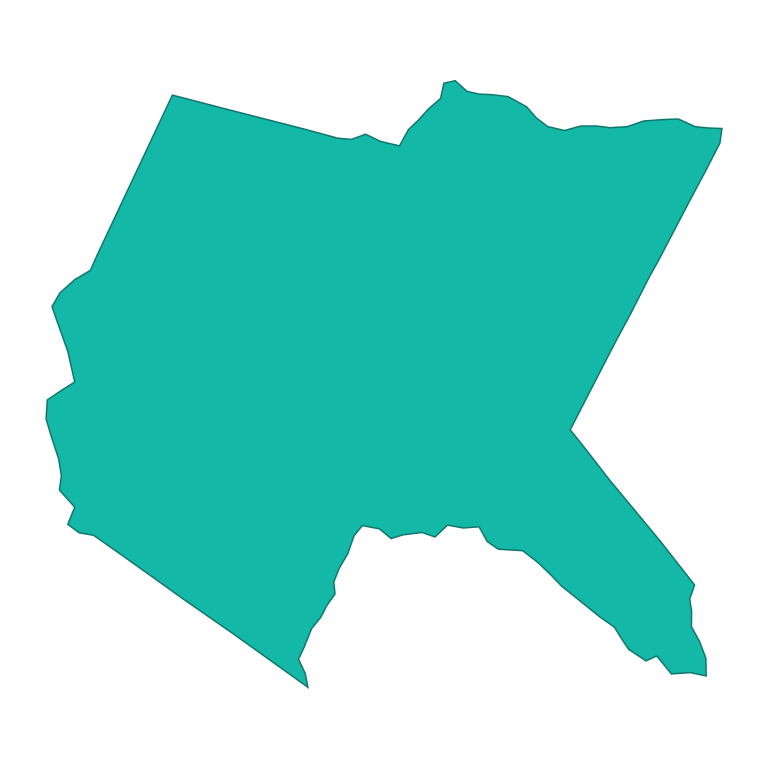 the district of Moreno, Pernambuco, Brazil
{"feature_id": "56859067B71614390474260", "entity_name": "Moreno", "entity_type": "district", "adm_level": 2, "iso_a3": "BRA", "parent_name": "Brazil", "parent_adm1": "Pernambuco", "projection": "mercator", "projection_center": [-35.132, -8.15], "detail": "fine", "context": "isolated", "style": "filled", "palette": "teal", "viewbox_px": 768, "rotation_deg": 0, "n_neighbors": 0, "source": "geoboundaries", "source_scale": "gbopen_adm2", "svg_char_len": 1473}
<svg xmlns="http://www.w3.org/2000/svg" viewBox="0 0 768 768"><path d="M706.2,675.9L705.9,658.4L699.8,642.0L691.4,626.6L691.6,611.4L689.7,599.0L694.6,585.0L661.1,542.2L637.9,514.1L609.4,479.8L581.0,443.2L570.2,429.8L608.9,354.6L616.3,340.4L622.7,328.5L630.1,314.8L648.5,278.5L659.4,258.8L687.7,204.6L705.4,171.3L719.9,143.1L721.9,128.5L708.6,128.0L695.3,126.7L678.3,119.0L663.8,119.5L643.6,121.0L627.1,126.7L609.9,127.7L596.8,126.0L580.8,126.0L564.5,130.5L547.5,126.5L536.2,117.8L526.6,106.8L508.1,96.6L491.1,94.6L479.1,94.1L467.0,91.4L455.2,80.7L443.9,83.2L440.6,98.4L428.1,109.3L419.0,119.5L408.4,129.7L399.5,145.9L380.6,141.4L365.5,134.2L351.5,139.4L337.7,138.2L304.7,129.2L226.9,109.3L172.4,95.1L108.6,230.7L97.3,254.8L90.4,270.3L74.7,279.7L60.1,292.7L52.0,306.6L56.4,319.3L67.8,351.4L74.7,382.0L61.4,390.4L47.3,399.9L46.1,419.1L52.0,438.7L58.6,458.6L61.4,475.8L59.4,490.0L74.7,507.1L67.8,524.3L79.1,532.8L93.6,535.3L121.9,555.2L157.4,580.5L181.3,597.7L232.8,633.5L307.9,687.3L305.2,673.4L298.5,659.2L304.0,647.5L311.6,628.6L320.9,617.1L326.9,605.4L335.0,594.0L333.8,581.8L339.4,567.9L347.8,553.7L354.0,535.8L362.3,525.6L379.3,528.8L391.1,538.5L403.2,534.8L422.2,532.5L435.0,537.0L447.5,525.1L463.3,528.0L479.1,526.8L487.2,541.5L498.3,549.2L522.7,550.7L538.4,562.9L550.7,574.8L561.8,586.3L581.0,601.7L600.0,617.1L614.3,627.1L621.9,639.3L628.8,649.5L646.1,660.9L656.7,655.9L671.4,673.9L690.1,672.6L706.2,675.9Z" fill="#14b8a6" stroke="#0f766e" stroke-width="1.5"/></svg>